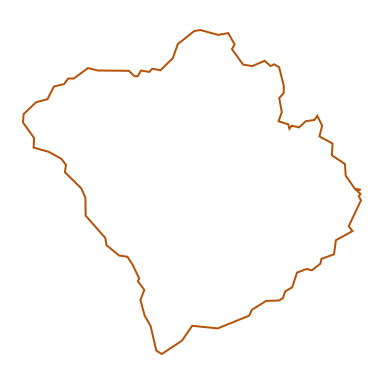 Demir Hisar, Demir Hisar, North Macedonia (Robinson projection)
{"feature_id": "65306769B51033238442002", "entity_name": "Demir Hisar", "entity_type": "district", "adm_level": 2, "iso_a3": "MKD", "parent_name": "North Macedonia", "parent_adm1": "Demir Hisar", "projection": "robinson", "projection_center": [21.142, 41.259], "detail": "fine", "context": "isolated", "style": "outline", "palette": "amber", "viewbox_px": 384, "rotation_deg": 0, "n_neighbors": 0, "source": "geoboundaries", "source_scale": "gbopen_adm2", "svg_char_len": 1251}
<svg xmlns="http://www.w3.org/2000/svg" viewBox="0 0 384 384"><path d="M85.6,212.5L85.6,215.6L105.3,238.0L106.5,245.2L119.1,255.5L127.5,256.8L132.7,264.9L139.2,278.5L137.9,281.3L144.3,289.9L140.4,300.0L144.6,315.5L150.6,326.0L156.3,350.6L161.8,354.0L181.9,340.7L192.2,325.8L217.7,328.4L249.1,315.7L252.0,309.7L266.1,300.9L279.1,300.5L282.9,298.1L285.2,291.4L292.2,287.3L297.0,272.6L306.5,269.0L311.9,270.3L320.4,263.7L321.4,258.9L334.0,254.3L335.9,240.2L352.5,231.1L348.7,226.3L361.0,200.3L358.8,196.2L360.5,194.0L356.9,190.6L360.7,189.7L355.0,188.9L345.7,175.7L344.9,164.0L331.9,155.3L332.5,143.5L319.4,136.4L322.2,125.8L317.3,115.9L314.3,120.0L305.8,121.2L299.0,127.4L291.7,125.7L289.4,128.7L288.2,124.3L278.6,121.3L281.8,112.1L279.2,98.0L283.7,93.1L283.8,85.8L279.1,67.2L274.1,64.3L270.6,66.1L264.7,60.8L252.1,66.1L243.1,64.6L232.0,49.2L234.6,44.4L228.2,33.1L218.0,34.9L200.4,30.0L194.3,31.0L177.9,44.0L172.7,58.3L160.4,70.3L152.3,68.7L149.3,71.9L141.1,70.5L137.6,76.3L134.4,76.2L128.8,70.8L97.9,70.5L87.9,68.1L73.8,78.5L68.2,78.5L64.1,84.1L53.9,86.5L47.5,99.1L36.0,102.3L23.6,114.1L23.0,122.5L34.1,138.0L33.6,147.6L48.7,151.8L61.3,158.8L66.0,164.9L64.9,172.2L81.3,188.4L85.4,197.6L85.6,212.5Z" fill="none" stroke="#b45309" stroke-width="2"/></svg>